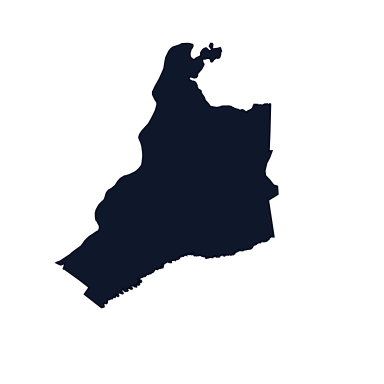 Bella Vista, Corrientes, Argentina, rotated 25°
{"feature_id": "61730980B66875074034941", "entity_name": "Bella Vista", "entity_type": "district", "adm_level": 2, "iso_a3": "ARG", "parent_name": "Argentina", "parent_adm1": "Corrientes", "projection": "mercator", "projection_center": [-58.927, -28.498], "detail": "fine", "context": "isolated", "style": "filled", "palette": "ink", "viewbox_px": 384, "rotation_deg": 25, "n_neighbors": 0, "source": "geoboundaries", "source_scale": "gbopen_adm2", "svg_char_len": 6024}
<svg xmlns="http://www.w3.org/2000/svg" viewBox="0 0 384 384"><g transform="rotate(25 192 192)"><path d="M160.0,58.8L160.1,57.6L159.6,54.9L159.0,54.0L158.9,52.6L159.2,52.1L156.9,49.4L156.5,49.4L154.6,51.1L151.1,53.3L150.5,53.5L149.9,53.3L149.3,52.5L148.7,50.3L148.3,49.4L147.8,49.0L147.3,49.0L146.1,49.5L146.2,52.5L149.1,54.1L149.7,54.8L149.4,55.7L149.0,56.4L148.4,56.8L147.0,56.5L144.2,55.5L143.6,55.7L142.2,57.2L141.4,59.2L141.1,61.9L142.2,64.6L142.1,65.3L140.4,67.4L139.3,68.5L138.3,70.9L136.9,71.5L133.8,70.6L132.3,68.9L131.4,67.0L130.9,63.9L130.8,62.4L131.2,61.3L131.1,59.5L130.8,58.6L130.1,58.2L127.1,58.6L125.2,59.3L120.1,62.0L119.2,63.5L113.4,69.0L112.3,71.2L111.6,74.2L111.5,81.0L112.1,83.6L114.4,91.8L114.6,95.3L114.7,103.1L114.1,110.6L114.0,117.7L115.2,120.3L119.1,123.5L122.6,125.8L123.5,127.8L124.5,133.7L124.3,142.5L123.8,148.5L120.9,157.8L120.3,161.7L120.7,164.8L122.3,166.6L124.8,168.7L127.1,171.3L130.5,176.6L132.4,180.2L134.4,186.1L135.0,188.2L135.0,189.9L134.2,193.0L132.9,196.3L131.6,198.5L127.5,203.4L126.5,204.1L126.2,204.6L123.8,206.4L121.4,210.1L120.3,214.0L119.8,218.3L117.6,223.0L115.6,225.6L115.0,228.1L114.9,229.4L115.8,235.1L115.4,237.4L114.6,238.8L113.1,243.3L112.8,248.6L113.4,251.8L115.0,255.1L116.8,257.9L118.8,258.9L120.3,260.2L121.5,260.9L122.5,261.8L123.7,264.4L123.6,266.5L123.3,267.4L122.6,268.0L117.7,276.0L115.7,281.2L114.5,287.8L109.2,297.3L108.3,299.8L101.6,310.7L99.8,312.3L98.8,313.6L103.4,313.6L104.4,313.1L105.4,311.8L106.2,311.1L106.7,311.2L107.2,311.7L107.7,314.2L107.7,315.7L108.1,316.0L108.4,315.6L127.4,319.2L139.1,321.9L137.7,330.1L158.8,335.0L160.6,333.5L160.8,333.1L159.1,330.7L159.3,330.0L159.9,329.6L161.6,329.3L162.0,328.2L160.9,325.9L161.3,325.0L162.4,324.6L163.6,322.8L164.6,322.6L164.9,322.3L164.8,320.7L165.2,320.4L166.7,320.1L166.8,319.3L166.3,317.4L166.4,316.4L167.0,316.2L167.5,317.4L168.1,317.9L168.7,318.0L169.2,317.8L169.4,317.4L169.3,316.9L167.8,315.7L167.6,315.0L167.8,314.5L169.2,313.9L171.7,313.7L172.1,313.5L172.4,312.8L170.8,312.0L170.3,312.2L169.8,312.1L169.8,311.4L170.4,308.7L172.4,310.2L173.6,310.2L173.9,309.7L174.7,309.5L175.5,309.0L175.6,308.2L174.4,307.6L174.2,307.0L174.7,306.2L175.8,305.7L177.9,305.8L178.6,305.2L178.6,304.5L175.8,303.5L175.8,303.0L176.6,302.4L178.8,301.9L178.8,301.4L179.4,300.6L180.1,300.5L180.3,301.1L180.2,301.9L181.8,301.5L180.7,298.9L180.7,298.5L181.2,298.2L182.1,299.0L182.7,299.0L183.3,298.5L183.5,298.0L183.0,296.9L181.7,296.5L181.5,296.0L181.8,295.6L182.6,295.4L183.5,295.5L184.0,295.2L184.0,294.5L183.7,293.9L183.0,293.6L182.5,293.9L182.4,294.5L180.3,294.3L179.9,293.7L181.2,293.2L181.3,291.9L181.6,291.3L182.7,290.5L183.8,289.1L185.2,288.2L185.8,285.7L187.1,285.3L187.8,284.2L189.1,283.3L189.5,282.1L190.5,281.2L190.7,280.6L191.3,277.2L191.9,276.7L192.4,277.0L193.1,277.0L193.7,276.4L193.8,275.6L194.4,275.3L194.9,274.6L195.7,274.5L196.0,273.9L195.7,272.4L196.9,273.3L197.5,273.0L197.5,272.2L197.0,270.6L196.1,269.6L196.2,269.0L197.0,269.1L198.9,265.8L199.4,265.5L201.1,265.4L202.9,264.8L203.0,264.3L202.3,263.5L202.3,262.9L202.9,262.2L204.0,261.6L204.4,261.0L205.9,261.1L206.0,259.9L207.6,259.0L208.1,257.8L208.6,257.6L207.9,256.4L208.1,255.8L209.3,255.6L209.3,254.0L210.5,254.3L211.1,254.0L210.6,253.2L211.6,253.0L212.2,252.5L212.4,251.8L213.7,251.7L213.2,251.2L213.1,250.5L213.7,250.2L214.4,250.4L216.5,249.4L216.7,248.4L217.1,248.3L217.5,248.9L218.1,248.9L218.8,248.4L218.9,247.9L218.5,247.7L218.5,247.2L219.0,246.9L219.4,247.5L220.1,247.6L220.7,248.6L221.4,248.6L221.7,248.2L223.0,247.9L223.3,247.4L224.3,247.2L225.4,246.2L225.9,246.1L226.7,245.5L228.2,246.0L228.7,245.7L230.2,245.5L230.4,244.9L231.1,244.5L231.6,244.6L232.2,246.0L233.1,245.9L235.0,244.4L234.9,243.8L235.2,243.5L235.9,243.6L236.8,243.1L238.2,242.8L238.6,242.3L238.3,241.4L239.7,240.9L239.8,240.2L240.3,239.8L240.8,239.9L241.0,240.3L241.5,240.6L241.8,240.2L242.3,240.2L242.7,239.6L243.8,239.6L244.2,239.2L244.3,238.4L244.6,237.2L245.2,237.0L246.0,235.7L246.6,235.9L247.0,236.3L247.3,235.7L248.3,236.3L248.7,235.9L248.8,235.3L249.2,234.8L250.1,234.5L251.0,233.7L251.8,233.7L252.0,233.2L252.8,232.7L254.0,232.7L254.8,231.7L255.8,231.4L255.8,230.7L256.7,230.1L256.7,229.5L256.2,228.8L257.0,228.3L258.5,226.3L258.2,226.1L258.1,225.5L258.7,225.2L259.4,225.3L259.8,224.9L259.6,224.4L260.8,224.5L262.6,223.8L263.1,223.4L264.0,222.0L265.2,221.5L266.6,220.3L268.9,219.0L269.8,217.8L269.8,217.1L270.1,216.7L270.1,214.6L270.4,214.0L271.2,213.5L271.5,212.9L272.2,212.3L273.1,210.4L274.7,209.1L275.2,209.1L275.6,208.8L275.6,207.4L275.8,206.9L276.7,206.4L277.3,207.0L279.4,205.8L279.8,205.3L280.4,204.9L280.6,204.1L281.0,203.8L281.2,202.8L281.7,202.3L281.4,201.5L281.5,200.4L282.2,200.1L281.9,199.6L282.1,199.0L282.7,199.0L283.7,198.4L284.2,198.5L285.2,198.0L264.6,167.1L270.8,157.7L267.0,150.7L263.0,151.3L257.6,148.5L251.5,146.1L249.0,141.9L247.4,134.1L247.7,127.7L247.1,120.9L244.4,122.2L236.9,104.2L226.0,79.2L225.2,79.3L224.4,80.8L223.2,80.3L222.7,80.7L221.0,81.4L220.9,82.2L220.3,82.2L219.6,83.2L218.3,84.0L217.0,84.2L216.4,84.8L215.2,85.2L214.3,85.0L213.8,85.3L213.6,86.0L213.0,85.7L211.4,86.3L211.2,88.2L211.5,89.1L211.5,90.9L210.0,93.1L209.8,93.7L208.6,94.5L208.4,95.2L208.7,95.6L208.6,96.1L208.2,96.4L207.1,96.4L206.6,96.8L204.7,96.2L202.9,96.2L202.4,96.4L201.7,97.4L200.3,98.2L199.5,97.6L197.5,98.1L195.2,98.4L193.8,98.2L192.2,98.3L191.3,98.0L188.3,98.9L186.4,100.0L185.0,100.5L182.6,101.9L181.3,103.3L178.7,105.1L172.5,106.8L169.4,105.1L165.1,103.3L163.3,101.3L161.3,100.0L159.8,99.3L158.2,97.9L157.5,96.8L156.9,96.3L154.1,96.2L152.3,94.7L151.5,93.3L149.2,91.4L148.4,91.1L146.6,91.0L145.1,91.7L143.8,91.4L143.1,91.6L142.0,91.1L141.3,90.4L141.1,89.6L141.3,88.9L141.6,88.4L143.3,87.8L145.7,87.6L147.2,86.6L147.8,85.2L147.7,84.3L147.1,82.9L147.1,82.0L148.7,76.5L148.9,71.7L148.6,71.0L147.0,70.1L145.7,68.0L145.6,67.5L146.0,66.6L147.7,65.8L149.5,64.2L150.4,63.7L151.6,63.5L152.5,63.9L153.9,65.6L154.5,65.8L155.1,65.5L155.4,65.0L155.7,62.8L157.2,60.2L157.9,59.9L158.8,59.9L160.0,58.8Z" fill="#0f172a" stroke="#020617" stroke-width="1.5"/></g></svg>